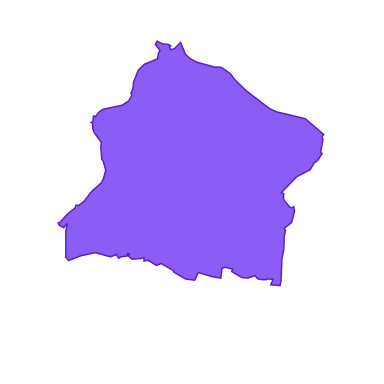 the district of Cork City North East Lea-6, Cork, Ireland, rotated 211°
{"feature_id": "5873133B11463526340126", "entity_name": "Cork City North East Lea-6", "entity_type": "district", "adm_level": 2, "iso_a3": "IRL", "parent_name": "Ireland", "parent_adm1": "Cork", "projection": "albers", "projection_center": [-8.424, 51.935], "detail": "fine", "context": "isolated", "style": "filled", "palette": "violet", "viewbox_px": 384, "rotation_deg": 211, "n_neighbors": 0, "source": "geoboundaries", "source_scale": "gbopen_adm2", "svg_char_len": 1674}
<svg xmlns="http://www.w3.org/2000/svg" viewBox="0 0 384 384"><g transform="rotate(211 192 192)"><path d="M278.8,314.3L281.0,305.6L283.6,303.0L285.9,304.5L285.5,306.4L288.2,306.4L294.1,303.6L299.6,303.4L299.5,299.7L292.2,296.7L292.3,294.0L290.2,288.3L298.7,276.9L300.8,268.5L298.6,256.0L296.0,250.4L295.1,245.1L293.9,244.9L293.4,242.8L293.2,237.5L296.6,230.4L310.8,217.2L312.9,212.6L313.5,207.0L315.6,206.4L313.3,201.5L314.2,199.6L312.7,199.9L309.7,195.2L306.3,192.5L295.0,187.7L293.5,183.7L286.0,173.5L284.5,173.2L277.2,166.3L274.6,157.3L274.6,152.6L278.2,141.2L279.8,128.2L282.2,122.2L284.7,121.0L283.9,118.5L287.6,108.2L289.5,98.0L290.8,96.5L288.7,95.2L283.5,95.3L283.1,100.1L282.3,100.1L280.2,93.9L266.5,71.0L262.5,69.7L254.4,80.1L243.6,90.2L228.5,94.4L224.5,99.5L220.9,97.3L219.5,99.8L214.4,103.9L215.4,106.2L214.0,106.6L212.8,104.2L208.8,103.5L201.6,108.6L199.5,111.1L197.6,108.1L194.3,110.9L184.7,110.7L181.6,114.8L168.6,115.1L165.9,113.9L152.7,114.1L144.3,117.8L145.1,126.3L131.8,129.5L123.0,133.0L127.0,141.9L124.8,144.6L117.4,146.8L117.1,144.3L105.2,144.3L99.8,147.0L94.9,152.7L91.0,151.5L86.8,152.9L83.0,155.3L83.0,156.1L77.5,158.9L76.7,153.0L70.0,156.3L68.4,157.2L69.8,161.4L80.9,181.8L83.5,189.6L89.9,201.2L92.0,207.1L94.3,208.3L90.9,217.1L94.2,228.3L97.3,231.8L98.5,229.6L100.4,229.4L108.4,232.2L110.4,233.7L112.4,237.8L115.1,237.5L110.0,259.3L102.2,272.0L102.2,279.6L100.4,284.3L100.3,292.1L102.1,292.2L106.9,304.8L109.2,306.0L108.7,309.1L132.5,313.2L160.7,304.3L168.2,303.4L198.4,306.8L213.4,310.4L220.0,313.1L229.2,313.9L232.2,313.6L237.0,310.7L255.4,305.6L262.6,305.4L268.5,306.6L278.8,314.3Z" fill="#8b5cf6" stroke="#5b21b6" stroke-width="1.5"/></g></svg>